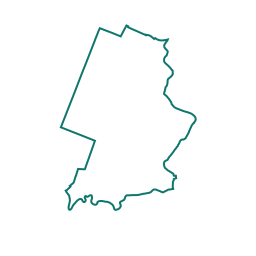 Ograda, Ialomita, Romania (Mercator projection), rotated 20°
{"feature_id": "2599482B18669147098615", "entity_name": "Ograda", "entity_type": "district", "adm_level": 2, "iso_a3": "ROU", "parent_name": "Romania", "parent_adm1": "Ialomita", "projection": "mercator", "projection_center": [27.562, 44.65], "detail": "fine", "context": "isolated", "style": "outline", "palette": "teal", "viewbox_px": 256, "rotation_deg": 20, "n_neighbors": 0, "source": "geoboundaries", "source_scale": "gbopen_adm2", "svg_char_len": 5014}
<svg xmlns="http://www.w3.org/2000/svg" viewBox="0 0 256 256"><g transform="rotate(20 128 128)"><path d="M165.2,184.5L168.8,182.4L170.1,181.6L170.9,181.0L171.3,180.5L171.7,179.7L172.2,178.6L172.7,177.7L173.1,177.2L173.6,176.8L174.2,176.6L174.9,176.4L176.0,176.3L177.5,176.4L179.4,176.4L181.2,176.6L182.1,176.6L182.7,176.5L183.2,176.3L183.5,175.9L184.1,175.2L184.8,174.5L185.4,173.9L186.0,173.2L186.6,172.5L187.0,172.1L187.4,171.9L187.9,171.7L188.6,171.3L189.3,171.0L190.0,170.5L191.3,169.8L190.7,168.8L190.2,168.1L188.7,163.4L188.7,162.7L188.8,162.2L188.8,161.9L188.8,161.4L188.5,160.3L190.4,158.7L189.3,156.5L188.5,156.8L187.5,157.2L187.3,157.1L186.2,155.5L185.9,155.4L182.6,154.7L180.0,154.2L176.3,152.8L175.8,152.2L175.1,151.4L174.5,150.3L174.0,149.5L173.7,147.2L174.5,146.0L176.1,144.3L176.4,141.9L176.9,140.4L177.7,138.5L178.0,137.2L178.3,136.5L178.9,134.4L179.4,132.4L180.0,130.9L180.2,130.0L180.3,129.3L180.5,128.8L180.8,128.4L181.0,127.7L180.9,127.3L181.0,126.2L181.3,125.3L181.4,122.7L181.6,121.8L182.0,121.1L182.4,120.7L182.8,120.3L184.1,119.9L185.5,118.2L186.2,114.3L186.5,112.5L186.6,111.0L186.6,110.0L186.7,107.6L186.9,105.8L187.0,104.2L187.1,103.5L187.3,102.8L187.9,101.1L188.2,101.0L188.3,100.7L188.3,100.4L188.2,100.1L188.5,99.3L188.8,98.5L188.8,97.6L188.6,96.8L188.6,96.6L188.3,95.9L187.1,94.5L186.1,94.0L184.7,93.4L182.9,92.9L181.0,92.8L178.5,92.8L175.2,93.1L173.5,93.1L167.4,93.0L164.4,92.6L164.0,92.4L161.0,90.7L159.5,88.8L158.2,87.9L157.2,87.1L153.3,84.8L150.9,84.0L150.2,83.6L150.0,82.5L149.8,79.9L149.5,77.8L149.4,76.7L150.0,75.0L149.9,73.0L149.5,71.5L149.1,70.2L148.9,69.1L148.9,68.4L149.8,66.7L150.7,65.3L151.3,63.7L151.7,62.3L150.9,60.2L150.6,59.4L150.4,58.9L150.1,58.6L149.5,58.6L147.6,57.3L144.9,55.9L140.9,54.3L139.6,53.5L139.0,52.7L138.4,51.1L138.3,49.7L138.6,48.2L139.4,46.9L139.5,45.7L139.4,44.0L139.4,43.7L139.2,42.6L138.6,41.9L138.1,41.7L135.7,40.5L134.6,39.7L134.0,38.6L133.8,38.0L133.7,37.3L134.1,35.7L134.5,33.9L135.0,32.7L135.1,32.0L135.1,31.3L135.1,31.2L134.8,31.4L134.6,31.5L134.4,31.7L134.3,31.8L133.8,32.3L133.7,32.3L133.3,32.5L133.2,32.6L132.7,32.7L132.5,32.8L132.4,32.9L132.1,33.1L131.8,33.3L131.4,33.6L131.0,33.6L130.5,33.8L129.6,34.2L128.7,34.5L128.2,34.7L126.7,34.8L125.9,34.8L125.2,34.8L123.6,34.5L122.8,34.2L122.1,35.4L121.6,35.2L119.3,34.4L118.7,34.1L118.3,34.0L117.8,33.9L117.4,33.8L116.8,33.8L116.3,33.7L115.7,33.8L114.8,33.9L114.3,34.0L113.9,34.1L113.7,34.1L113.6,34.5L112.5,34.4L112.5,34.6L102.2,33.9L98.8,33.7L93.6,33.3L93.5,33.2L93.4,33.0L93.4,32.4L91.5,32.2L89.8,44.4L81.2,44.1L76.7,44.0L74.7,44.0L74.4,44.0L70.7,43.9L68.0,43.9L67.4,43.9L67.4,44.1L67.4,44.5L67.3,45.1L67.2,45.7L67.1,49.3L67.1,49.7L67.0,53.3L67.0,53.5L66.9,55.9L66.9,57.0L66.9,57.5L66.9,57.8L66.9,58.1L66.9,58.3L66.8,62.3L66.3,83.2L66.0,92.4L65.6,113.9L65.4,121.3L65.0,137.5L64.7,150.0L64.7,150.3L88.3,150.9L101.3,151.3L101.5,170.9L101.5,174.9L101.6,181.5L101.2,181.7L96.6,183.1L95.1,183.5L95.3,188.4L95.5,190.6L95.3,190.9L95.3,191.9L95.5,194.8L95.6,197.7L95.6,197.9L93.4,201.9L93.1,202.3L94.0,202.8L93.0,204.9L92.4,205.9L91.9,207.0L91.6,207.7L91.3,207.7L91.2,207.9L90.9,208.2L91.8,209.0L93.3,210.1L94.4,210.8L95.4,211.4L96.1,212.0L96.4,212.8L96.9,213.5L97.5,214.4L97.8,215.2L98.1,215.8L98.5,217.1L98.6,218.1L98.9,220.2L99.2,222.7L99.4,223.0L99.6,223.6L99.8,224.0L100.1,224.3L100.6,224.8L101.2,224.8L101.6,224.6L101.9,224.2L102.2,223.5L102.5,222.5L102.6,221.6L102.8,219.9L103.0,219.0L103.7,217.2L104.2,216.1L104.5,215.2L105.0,214.0L105.8,212.5L106.2,212.0L106.8,211.4L107.7,210.9L108.5,210.8L109.2,211.0L109.7,211.5L110.2,212.0L111.0,212.5L111.7,212.7L112.3,212.5L112.7,212.1L113.0,211.6L113.0,210.9L112.9,210.2L112.6,209.7L112.1,209.2L111.5,208.7L111.1,208.2L111.0,207.4L111.1,206.8L111.5,206.4L112.3,206.5L113.0,206.7L113.6,206.4L114.1,205.8L114.4,205.4L114.9,204.6L115.6,204.1L116.2,203.9L116.6,203.8L117.0,204.0L117.4,204.6L117.7,205.0L118.0,205.6L118.2,206.2L118.3,207.0L118.3,207.7L118.2,208.5L118.6,209.5L118.8,210.1L119.1,210.4L120.0,211.0L121.0,211.4L121.7,211.5L122.2,211.5L123.0,211.4L123.6,211.3L123.8,211.2L124.2,210.9L124.5,210.5L124.7,210.0L124.9,209.3L124.7,208.5L124.7,208.2L124.7,207.9L125.0,207.6L125.3,207.2L125.7,206.8L126.1,206.5L126.8,206.2L127.4,205.9L128.1,205.6L129.7,205.3L130.9,205.1L131.8,205.0L132.5,204.8L134.2,204.4L136.2,204.4L139.2,205.2L140.4,205.9L141.5,207.0L142.2,208.0L143.0,208.9L143.7,209.2L144.3,209.2L144.9,208.8L145.0,208.8L145.5,208.4L146.3,207.8L147.0,207.0L147.6,206.0L147.8,205.1L147.9,204.3L147.8,203.5L147.4,202.8L146.9,202.2L146.3,201.6L145.9,200.9L146.0,200.3L146.2,199.9L146.6,199.4L146.9,199.1L147.5,198.5L147.9,198.0L148.4,197.4L148.8,197.0L148.9,196.7L149.0,196.3L149.1,195.7L149.1,195.1L149.1,194.5L149.0,193.8L149.1,193.3L149.3,192.6L149.6,192.1L150.0,191.7L150.5,191.4L151.1,191.2L151.7,191.0L152.2,190.9L152.7,190.6L153.3,190.3L153.8,190.1L154.8,189.7L155.5,189.4L156.5,189.0L157.2,188.8L158.7,188.3L159.6,187.8L160.3,187.5L161.0,187.1L163.8,185.3L164.6,184.7L165.2,184.5Z" fill="none" stroke="#0f766e" stroke-width="2"/></g></svg>